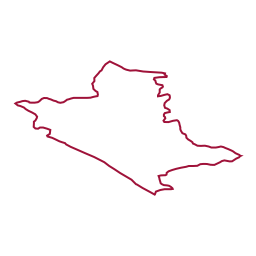 Sollefteå, Västernorrland, Sweden (Equal Earth projection)
{"feature_id": "70781695B14713554089347", "entity_name": "Sollefteå", "entity_type": "district", "adm_level": 2, "iso_a3": "SWE", "parent_name": "Sweden", "parent_adm1": "Västernorrland", "projection": "equal_earth", "projection_center": [16.958, 63.453], "detail": "fine", "context": "isolated", "style": "outline", "palette": "rose", "viewbox_px": 256, "rotation_deg": 0, "n_neighbors": 0, "source": "geoboundaries", "source_scale": "gbopen_adm2", "svg_char_len": 2669}
<svg xmlns="http://www.w3.org/2000/svg" viewBox="0 0 256 256"><path d="M109.8,61.4L105.5,64.3L103.2,67.2L101.5,70.4L99.9,71.4L98.5,73.3L96.3,75.7L94.3,78.0L94.4,81.1L92.2,83.8L93.0,85.7L93.4,88.9L95.6,91.0L97.4,92.0L97.9,94.6L97.5,96.1L95.6,96.4L93.3,96.9L90.4,97.7L86.3,97.9L78.9,97.9L73.5,97.9L71.1,98.5L68.7,99.3L67.0,99.7L65.5,100.9L63.5,102.2L60.3,102.8L58.0,102.3L56.0,101.2L53.5,100.6L50.8,99.4L49.0,98.9L47.1,98.1L44.0,98.0L41.8,98.9L39.4,101.2L37.8,102.2L34.5,102.7L31.4,102.7L29.4,102.5L28.8,101.7L25.2,100.8L22.4,101.1L20.3,101.8L16.9,102.6L15.4,103.5L17.8,105.4L20.3,106.0L23.9,107.5L25.7,109.1L28.5,110.8L31.7,112.3L35.3,114.3L37.1,116.7L36.7,118.2L36.0,119.4L35.4,120.5L33.9,121.7L33.9,123.7L33.7,126.9L35.4,128.5L38.1,128.7L40.0,127.5L43.0,127.5L47.1,128.7L50.3,129.9L50.0,132.4L49.8,133.9L47.1,135.6L47.5,136.5L52.1,137.8L54.9,139.1L59.4,141.3L62.3,142.3L65.0,143.1L66.1,144.4L70.6,146.8L79.3,150.6L85.2,153.2L94.1,157.0L104.3,162.2L109.1,165.9L114.4,169.2L120.1,173.0L131.5,179.7L136.0,184.2L136.9,184.5L142.6,188.0L150.6,192.3L154.7,194.6L154.9,194.4L155.9,191.6L160.3,190.0L164.6,189.2L171.0,189.2L172.7,188.9L172.4,188.2L170.9,186.9L169.1,185.8L167.1,185.4L163.8,185.1L161.9,184.2L160.7,183.3L160.3,181.8L159.5,179.2L159.3,177.9L158.6,176.0L161.0,175.4L165.5,175.2L166.5,174.6L166.7,172.8L168.6,171.3L172.2,170.0L176.3,168.8L181.1,167.7L186.1,166.8L188.8,166.0L193.1,166.0L197.3,165.8L200.3,164.2L203.4,163.9L207.0,164.0L210.8,164.8L214.4,164.9L216.3,164.0L220.1,162.2L221.8,161.1L224.4,160.4L229.7,161.4L232.1,161.3L234.7,159.6L236.2,158.6L239.1,157.3L240.0,156.2L240.6,155.9L240.1,155.8L239.5,155.0L235.5,153.2L233.1,151.4L231.6,150.6L228.0,149.0L225.4,148.0L223.5,147.1L220.9,146.5L218.3,147.1L216.0,147.5L211.3,147.5L208.6,146.5L204.9,145.7L200.6,145.9L197.4,145.7L195.0,144.4L192.9,143.5L192.4,142.2L190.6,140.9L188.1,139.4L186.4,137.7L186.2,135.8L185.4,134.4L182.4,133.2L180.8,130.6L180.3,129.1L180.3,127.3L179.6,124.8L179.1,122.5L178.1,120.9L176.9,120.2L173.0,120.8L168.5,122.1L164.3,122.0L163.5,120.7L165.3,118.3L165.0,117.1L163.9,116.1L163.9,114.5L164.8,113.1L167.7,112.4L169.8,112.0L169.6,110.1L167.3,108.6L165.0,107.8L164.2,105.3L164.7,103.1L166.8,100.9L169.2,99.4L169.9,97.8L169.8,96.1L169.5,95.2L167.4,94.2L164.3,94.9L160.9,95.9L158.0,96.3L158.0,95.3L159.7,92.5L159.7,89.4L160.6,88.5L162.4,87.4L162.9,86.7L162.4,85.2L158.1,84.4L156.4,83.7L155.9,82.7L155.3,80.5L153.9,79.4L154.4,77.9L159.4,77.2L162.3,77.1L166.5,77.0L166.8,76.1L164.6,74.6L165.0,73.4L161.8,72.7L150.4,72.0L143.2,71.5L135.9,70.3L130.1,70.6L126.4,69.7L125.3,69.3L123.5,68.5L121.7,67.2L117.5,65.1L112.8,62.9L109.8,61.4Z" fill="none" stroke="#9f1239" stroke-width="2"/></svg>